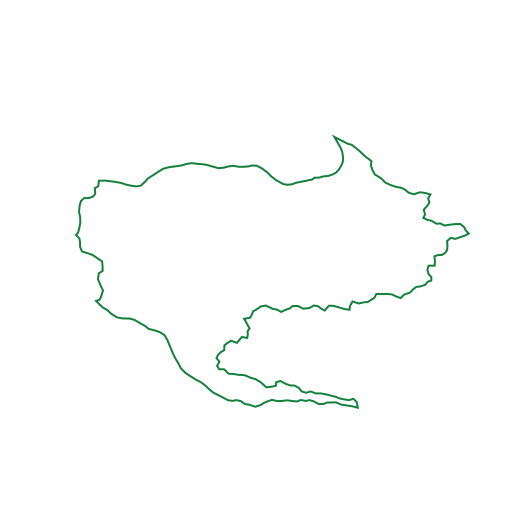 Maragogipe, Bahia, Brazil (Equal Earth projection), rotated 296°
{"feature_id": "56859067B10355706610278", "entity_name": "Maragogipe", "entity_type": "district", "adm_level": 2, "iso_a3": "BRA", "parent_name": "Brazil", "parent_adm1": "Bahia", "projection": "equal_earth", "projection_center": [-38.951, -12.825], "detail": "fine", "context": "isolated", "style": "outline", "palette": "green", "viewbox_px": 512, "rotation_deg": 296, "n_neighbors": 0, "source": "geoboundaries", "source_scale": "gbopen_adm2", "svg_char_len": 3706}
<svg xmlns="http://www.w3.org/2000/svg" viewBox="0 0 512 512"><g transform="rotate(296 256 256)"><path d="M254.8,81.8L249.6,83.6L246.3,81.4L241.3,84.3L237.8,83.4L234.9,80.4L232.6,76.1L228.8,74.6L225.1,75.1L221.1,76.4L217.6,77.9L214.2,80.7L209.2,83.4L203.8,84.9L199.0,85.8L195.9,85.0L194.4,89.5L191.0,92.0L187.1,93.9L183.8,97.6L184.8,104.0L185.3,109.2L184.4,114.6L183.7,120.1L179.3,122.7L175.4,124.7L171.5,122.3L165.8,124.2L161.1,129.5L158.0,133.6L154.4,134.1L151.2,134.7L148.0,134.5L145.5,131.9L143.8,136.9L142.6,140.8L142.1,146.3L140.5,151.6L139.9,157.9L141.4,163.4L144.4,169.9L145.3,175.0L144.7,182.2L144.5,187.3L143.4,191.3L144.7,197.6L145.4,202.9L144.7,208.6L141.4,213.5L138.2,217.0L135.8,219.8L132.8,223.1L129.2,227.6L124.7,234.4L122.1,237.7L119.9,244.1L118.5,256.1L118.4,261.8L117.4,267.1L115.8,272.0L114.5,277.4L114.4,284.3L114.1,294.1L115.6,298.6L117.9,301.7L118.9,305.9L118.1,311.1L119.4,315.1L120.2,321.4L123.8,325.3L127.4,327.5L129.9,329.6L133.7,333.4L134.9,338.7L136.6,342.0L140.0,347.4L142.0,353.5L143.6,357.2L146.2,359.2L147.7,364.6L149.9,367.1L150.7,371.9L150.4,376.9L152.5,381.5L155.3,383.9L157.1,387.4L159.5,392.0L159.8,397.9L161.3,402.5L163.1,408.4L164.3,414.0L168.6,410.8L170.4,406.3L167.2,402.7L165.7,397.9L164.7,393.7L164.3,388.9L163.2,383.9L162.3,379.3L160.8,374.2L158.7,369.9L158.2,364.5L155.1,361.1L154.3,356.5L156.1,352.5L156.5,347.6L154.8,343.9L154.1,339.1L154.3,332.7L151.5,329.5L148.0,330.7L145.5,327.5L142.5,322.9L144.6,315.5L145.1,309.4L144.2,304.5L143.9,298.0L141.6,292.6L140.3,288.2L138.2,282.9L140.2,277.0L138.0,272.5L140.2,269.2L144.9,269.4L147.0,265.2L150.6,265.3L154.0,266.4L157.3,268.7L162.0,266.8L165.6,268.7L168.9,270.7L169.6,277.0L172.7,277.7L177.0,278.8L178.5,284.0L181.8,283.1L184.7,281.4L188.1,282.0L191.0,277.7L194.4,272.9L198.0,277.9L201.9,277.9L205.0,277.7L209.2,280.5L212.8,282.5L215.8,286.6L215.8,294.3L217.0,298.0L216.8,303.2L221.0,306.5L223.7,309.4L227.0,310.7L229.5,315.7L229.3,321.4L232.6,326.8L236.8,329.6L238.1,333.6L237.3,337.6L237.1,341.7L240.2,342.4L243.3,343.4L245.2,347.6L246.2,353.3L247.2,359.2L248.7,363.6L252.3,362.4L257.4,362.7L258.4,369.2L261.8,373.4L263.6,376.7L267.1,378.7L270.4,380.8L274.6,380.8L277.3,386.5L279.5,390.9L281.1,395.0L281.1,399.6L281.6,404.5L286.1,406.0L290.7,410.5L294.2,411.5L298.5,413.6L300.7,417.1L304.2,420.6L308.3,421.7L310.7,424.3L313.9,422.9L315.4,419.1L318.8,416.0L323.0,415.4L325.6,420.8L329.8,419.1L333.9,416.5L336.5,419.0L338.4,422.6L341.4,424.5L345.0,425.2L349.3,423.5L353.2,421.2L357.8,423.2L358.7,427.6L362.2,431.0L365.7,434.6L369.4,437.4L371.1,433.1L373.2,430.4L374.3,425.6L372.0,421.0L369.3,416.8L366.0,412.0L366.1,407.5L364.1,404.0L364.6,398.3L363.6,393.9L363.6,389.7L367.4,389.8L371.2,386.5L376.0,387.8L379.9,388.5L383.4,385.4L387.8,385.8L386.7,380.1L385.2,375.5L380.7,370.8L379.8,365.6L381.0,360.7L381.0,356.5L379.7,352.4L378.8,346.1L378.7,340.0L380.7,334.3L381.4,327.1L384.5,322.7L387.8,319.6L391.9,318.1L393.4,310.3L395.6,303.5L396.9,298.2L397.9,293.4L397.1,289.3L397.4,274.2L394.5,278.5L390.3,284.7L387.2,288.0L382.8,291.0L379.8,292.5L376.2,293.0L370.9,292.8L366.7,291.7L363.5,289.7L359.4,285.6L357.3,281.9L353.9,278.1L352.1,274.4L349.2,272.8L345.7,268.2L342.3,263.7L339.3,259.8L336.4,257.1L333.9,253.3L332.6,249.1L333.0,241.0L334.2,234.9L336.0,229.8L337.3,223.3L337.5,217.2L335.7,213.0L332.8,209.3L330.7,205.6L328.6,201.4L327.3,196.4L324.7,192.3L321.4,188.5L318.5,183.9L317.1,176.4L316.3,171.7L314.9,167.3L313.0,162.5L311.3,157.5L308.0,152.9L304.9,149.6L301.6,144.8L297.7,138.9L293.8,134.4L288.1,130.8L282.3,127.3L277.9,124.7L273.8,123.6L268.8,121.7L266.2,118.1L264.5,113.1L263.3,108.3L262.6,103.0L261.4,98.7L259.9,93.9L257.7,87.5L254.8,81.8Z" fill="none" stroke="#15803d" stroke-width="2"/></g></svg>